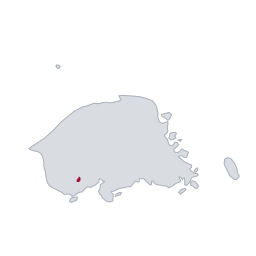 Gangnam-gu, Seoul, South Korea (highlighted), rotated 260°
{"feature_id": "91817680B53321453404308", "entity_name": "Gangnam-gu", "entity_type": "district", "adm_level": 2, "iso_a3": "KOR", "parent_name": "South Korea", "parent_adm1": "Seoul", "projection": "mercator", "projection_center": [127.072, 37.488], "detail": "fine", "context": "in_parent", "style": "filled", "palette": "rose", "viewbox_px": 256, "rotation_deg": 260, "n_neighbors": 0, "source": "geoboundaries", "source_scale": "gbopen_adm2", "svg_char_len": 3459}
<svg xmlns="http://www.w3.org/2000/svg" viewBox="0 0 256 256"><g transform="rotate(260 128 128)"><path d="M72.5,59.1L73.4,58.4L73.5,57.4L73.5,53.9L76.1,51.6L79.9,46.7L81.7,44.0L83.8,41.5L86.3,39.9L88.7,39.1L92.4,38.7L99.6,39.0L101.1,38.8L106.1,38.5L107.3,38.9L110.9,39.2L114.9,38.9L117.0,38.2L118.9,37.0L120.5,34.7L122.2,30.6L124.0,27.4L125.1,26.8L132.5,44.0L139.5,55.1L145.6,63.1L154.1,78.5L156.6,86.6L156.9,91.7L158.3,98.6L157.1,102.6L157.4,108.8L156.9,112.0L155.9,114.4L155.8,118.9L156.2,121.3L156.2,124.5L156.9,125.8L157.8,126.2L159.4,125.1L161.3,124.6L161.0,128.4L158.7,138.1L156.7,145.2L153.9,151.3L150.5,156.9L146.3,159.1L143.4,159.8L137.8,160.1L133.2,159.2L129.2,159.9L127.6,161.0L126.4,163.0L127.3,166.1L127.2,168.4L125.5,168.2L122.1,166.9L118.4,166.7L116.6,166.0L114.9,162.8L113.1,162.9L109.9,164.8L105.1,165.3L103.5,166.3L102.9,167.7L103.6,169.4L106.0,171.6L105.2,173.9L102.7,175.0L100.6,172.2L99.4,169.5L98.0,169.3L95.8,170.1L95.3,173.1L96.3,175.1L98.0,177.4L95.7,180.1L95.0,182.0L93.4,183.3L88.8,180.3L89.4,178.1L91.4,176.1L91.7,173.9L91.0,172.6L84.5,178.1L80.4,184.2L78.3,183.8L77.4,182.2L76.1,181.6L71.8,185.5L71.0,188.7L69.4,188.8L68.7,187.5L68.6,184.6L67.9,182.2L63.4,178.7L61.3,175.6L62.4,173.9L66.2,174.8L69.2,174.7L68.6,173.3L67.6,172.6L69.6,171.8L71.3,170.1L69.9,169.6L67.8,170.6L66.0,170.1L65.3,166.1L63.2,161.9L62.1,157.9L64.2,155.6L65.3,152.0L67.2,146.7L68.2,145.0L70.9,143.8L71.9,142.5L70.4,141.8L68.0,141.1L68.1,139.6L69.7,138.8L71.5,137.1L75.0,135.1L76.1,131.2L75.1,130.3L72.9,129.4L73.4,127.4L74.3,125.9L73.9,125.1L71.4,122.5L69.7,120.3L70.2,117.6L69.8,113.7L70.0,110.4L69.9,108.6L68.6,104.5L68.1,100.4L66.4,101.0L65.1,102.0L60.3,100.6L58.8,100.5L58.2,97.5L59.9,93.7L63.9,90.4L66.3,90.0L68.0,88.6L70.8,88.1L74.1,90.4L77.0,90.8L78.7,94.7L79.7,95.5L79.9,94.1L82.3,92.4L82.8,91.2L82.3,90.5L79.6,89.8L77.1,85.0L76.8,82.9L75.9,81.5L77.2,77.7L74.4,73.3L73.0,71.9L73.2,67.9L71.7,65.4L70.9,64.0L70.3,61.6L70.8,60.5L72.1,60.1L72.5,59.1ZM63.2,228.4L61.8,229.2L60.6,228.8L60.2,228.4L58.7,226.3L58.3,225.3L59.3,223.2L63.5,219.9L74.3,216.7L76.3,216.5L80.6,217.9L81.5,220.5L80.7,222.7L79.7,224.2L74.8,226.7L70.9,227.9L63.2,228.4ZM136.2,171.0L133.3,173.3L129.5,170.2L128.6,168.6L131.5,166.1L134.0,163.3L135.6,163.1L136.2,171.0ZM115.8,170.8L115.4,174.3L113.3,174.5L112.0,172.2L110.6,173.3L109.9,173.4L108.9,170.5L108.7,168.2L111.2,166.5L112.7,167.5L114.9,168.1L115.8,170.8ZM60.4,186.7L58.4,187.3L57.4,186.0L56.6,185.7L57.0,184.0L60.2,180.8L60.8,179.7L63.7,180.3L64.8,182.1L63.5,184.7L60.4,186.7ZM69.1,60.8L68.9,65.9L67.2,65.7L66.1,65.2L65.6,64.2L64.5,59.5L65.8,57.6L68.2,59.1L69.1,60.8ZM58.5,173.5L58.1,174.4L56.8,174.1L55.4,171.6L54.9,169.6L53.5,168.5L55.7,166.7L58.4,169.9L58.5,173.5ZM65.9,108.0L65.5,110.4L63.5,108.8L62.9,103.5L65.0,105.1L65.9,108.0ZM201.9,70.7L200.5,71.8L198.9,70.7L198.7,69.5L199.6,68.5L201.5,67.8L202.5,68.7L201.9,70.7ZM76.1,187.7L76.6,189.4L74.1,189.1L72.8,187.4L73.0,186.0L74.5,185.8L76.1,187.7ZM107.7,177.8L107.4,178.9L105.8,177.2L107.3,175.3L107.7,177.8Z" fill="#d9dde1" stroke="#a8b0b8" stroke-width="1"/><path d="M87.6,71.4L87.1,71.0L86.9,70.7L86.8,70.4L86.4,70.5L86.1,70.4L85.8,70.2L85.7,69.9L85.7,69.7L85.7,69.4L85.5,69.2L85.4,69.1L85.2,69.0L84.9,68.9L84.5,68.9L84.5,69.0L84.2,69.4L84.2,70.0L84.3,70.2L84.4,70.8L84.8,70.8L84.9,71.0L84.9,71.3L85.1,71.4L85.3,71.5L85.5,71.4L85.7,71.2L85.9,71.2L86.0,71.2L86.3,71.4L86.6,71.8L87.2,71.7L87.5,71.5L87.6,71.4Z" fill="#f43f5e" stroke="#9f1239" stroke-width="1.5"/></g></svg>